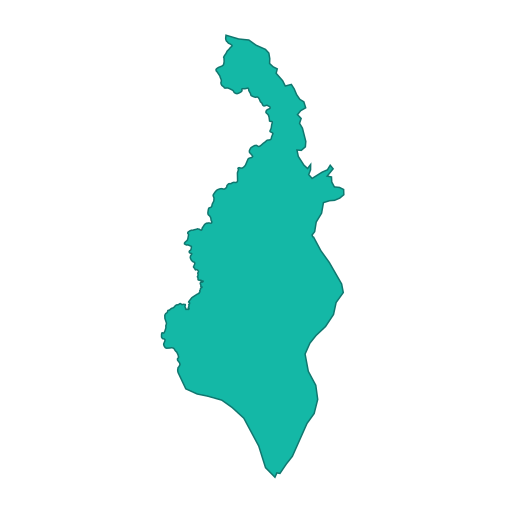 outline of Taehongdan, Ryanggang, North Korea, rotated 294°
{"feature_id": "82179303B43556128459055", "entity_name": "Taehongdan", "entity_type": "district", "adm_level": 2, "iso_a3": "PRK", "parent_name": "North Korea", "parent_adm1": "Ryanggang", "projection": "natural_earth1", "projection_center": [128.799, 41.972], "detail": "fine", "context": "isolated", "style": "filled", "palette": "teal", "viewbox_px": 512, "rotation_deg": 294, "n_neighbors": 0, "source": "geoboundaries", "source_scale": "gbopen_adm2", "svg_char_len": 6164}
<svg xmlns="http://www.w3.org/2000/svg" viewBox="0 0 512 512"><g transform="rotate(294 256 256)"><path d="M445.5,138.8L442.6,139.7L441.3,140.5L440.3,141.6L440.1,142.1L440.1,142.6L439.6,143.3L439.2,144.3L439.2,146.3L438.8,148.1L438.5,148.5L437.6,148.6L436.1,147.8L433.7,147.2L431.5,146.3L428.7,146.2L426.4,145.7L424.6,145.6L424.4,145.6L423.7,146.3L420.7,147.8L418.4,148.4L417.1,148.4L416.8,148.3L415.5,147.5L413.2,145.2L411.9,144.3L410.9,143.8L410.3,143.6L409.7,143.8L408.9,144.4L408.5,145.4L405.8,149.7L404.4,150.9L402.8,152.6L401.6,153.2L399.9,153.5L398.9,154.2L397.9,155.5L397.3,157.9L396.7,158.8L396.9,159.7L397.9,161.5L398.1,162.8L398.1,164.3L397.9,167.2L397.7,168.0L396.5,169.6L396.4,170.1L396.3,171.3L396.4,172.2L396.8,173.0L398.0,174.2L399.3,175.2L400.5,175.9L401.5,175.9L402.5,175.2L403.1,175.3L403.4,175.7L404.4,178.0L406.0,180.1L406.1,180.6L405.6,181.3L404.7,181.8L404.0,182.4L402.3,184.7L400.7,186.1L400.6,186.4L400.5,187.2L400.5,188.6L400.7,190.7L400.8,191.1L401.7,192.2L401.8,193.1L401.6,193.8L400.7,195.2L398.7,197.3L398.1,199.1L396.6,200.8L396.3,201.6L396.3,202.2L396.6,202.8L397.9,204.2L398.2,204.8L398.0,207.7L397.7,208.2L397.2,208.6L396.6,208.7L396.2,208.5L394.4,206.9L393.4,206.4L392.3,206.3L391.2,206.7L391.0,206.9L390.1,209.5L389.3,210.4L388.1,211.5L384.8,213.5L384.8,214.3L385.2,215.3L385.2,216.2L385.0,216.4L383.9,216.8L382.8,216.8L378.9,217.9L375.8,217.9L375.4,218.3L375.3,218.9L375.2,221.0L374.7,221.7L371.1,221.8L369.5,222.2L368.4,222.0L367.7,221.4L366.4,219.2L365.8,218.8L363.4,217.7L362.1,216.9L359.2,215.6L357.7,214.7L357.0,213.7L357.0,213.1L357.3,211.5L356.5,210.0L355.6,209.2L353.3,207.6L352.3,207.2L349.7,207.1L348.4,207.6L347.9,208.1L346.7,210.9L346.0,212.0L345.8,212.3L345.4,212.5L344.2,212.0L342.8,210.2L342.1,209.6L341.3,209.3L334.9,209.4L333.8,209.2L332.2,208.6L330.9,207.8L330.5,207.2L330.1,206.2L329.9,204.7L329.5,204.2L329.0,203.9L328.4,204.0L328.2,204.6L327.7,204.9L324.4,205.2L317.4,208.5L316.7,208.7L316.1,208.6L315.2,208.1L315.0,207.8L314.2,205.6L313.2,204.5L312.0,203.8L311.1,201.9L310.6,201.5L308.6,200.8L307.5,201.1L306.4,201.1L304.5,200.1L304.1,199.6L303.9,198.9L303.6,197.2L302.8,195.9L302.2,195.2L301.0,194.0L300.0,193.3L298.8,192.9L297.8,192.6L294.9,192.1L294.1,192.1L293.3,192.6L292.0,194.0L289.1,195.1L285.7,194.9L283.3,195.4L282.9,195.3L282.2,195.0L280.8,193.6L280.4,193.4L279.4,193.5L277.4,194.0L275.8,194.5L274.8,195.1L274.3,195.6L273.7,197.5L272.7,198.9L271.8,199.6L270.3,200.5L269.6,201.5L268.5,202.0L268.1,201.9L267.5,201.5L267.4,201.2L267.3,200.3L267.0,199.6L266.9,199.2L266.6,198.6L266.2,198.4L266.0,198.2L265.9,197.5L265.7,197.3L263.9,196.2L263.1,196.1L261.8,195.9L259.8,195.5L258.2,195.8L257.5,195.7L257.2,195.2L257.2,194.3L257.4,193.3L257.1,192.2L257.1,191.6L256.2,190.7L254.8,188.8L253.9,187.9L253.3,186.5L252.9,186.1L251.9,185.2L251.5,185.1L251.1,184.7L250.2,184.2L249.5,184.2L249.0,184.4L248.2,185.7L244.2,186.7L242.3,186.8L240.0,185.7L238.8,185.4L238.0,185.7L237.8,186.6L237.8,188.0L237.9,188.4L238.4,189.0L238.5,190.0L238.5,192.6L238.5,193.0L238.3,193.2L237.1,193.6L235.5,194.0L234.5,193.8L233.7,193.2L232.7,193.2L232.2,193.6L231.9,194.0L231.9,194.7L232.1,195.8L231.9,196.3L231.8,196.5L229.3,196.2L228.0,196.5L227.3,197.0L226.1,198.3L225.3,200.0L225.1,200.8L225.2,202.0L224.8,202.9L224.4,203.1L223.1,203.3L220.6,203.3L220.1,203.9L219.8,205.0L219.1,205.6L218.8,206.1L218.7,206.4L219.4,207.3L219.5,207.6L219.4,208.4L218.8,209.4L218.6,209.7L218.0,209.9L216.7,209.7L215.7,210.5L214.4,211.0L213.2,210.9L213.0,211.1L212.8,211.6L212.4,211.9L210.8,212.7L210.6,213.2L210.9,213.8L210.9,214.9L210.9,215.0L211.3,215.1L211.5,215.5L211.1,216.5L211.6,217.6L211.4,218.0L211.0,218.0L210.1,217.4L209.8,217.0L209.8,216.6L209.7,216.3L209.5,216.2L208.7,216.1L207.9,216.4L207.4,217.1L206.8,217.6L205.9,217.8L205.5,218.5L205.6,219.3L205.1,219.3L204.7,218.8L203.8,218.5L202.5,218.9L201.6,218.7L200.5,219.4L199.6,219.0L198.8,219.2L196.9,217.6L192.6,214.8L191.7,214.3L190.5,214.0L186.9,213.1L186.5,213.2L186.5,214.0L186.3,214.3L186.1,214.5L185.3,214.7L184.6,214.4L184.2,214.4L183.4,215.0L181.0,215.3L180.9,216.1L180.7,216.2L180.0,216.2L179.7,216.0L179.5,215.6L179.2,214.3L178.7,213.9L178.9,213.4L180.0,212.6L180.9,211.6L182.2,211.5L182.9,211.1L182.4,209.4L181.5,208.2L181.5,207.7L181.8,206.7L181.8,206.3L181.7,206.0L180.2,205.0L179.7,204.5L179.1,203.4L178.7,203.1L178.0,202.6L175.5,201.8L174.4,200.9L174.0,200.3L173.1,199.7L171.1,198.8L170.8,198.0L170.4,197.7L169.9,197.7L168.7,197.9L167.7,197.6L166.6,196.9L165.2,196.8L164.5,196.9L161.9,198.2L158.3,201.5L157.3,201.8L155.5,202.0L154.0,202.8L153.0,203.0L150.3,203.3L148.4,203.2L147.9,202.8L147.8,201.7L147.4,201.3L146.2,201.5L143.6,202.6L143.0,203.3L142.5,204.5L142.9,206.0L142.6,206.7L142.4,207.0L141.2,207.3L138.3,207.4L137.5,207.7L136.5,208.6L135.4,210.3L135.3,211.1L135.4,211.8L137.0,214.9L137.7,215.8L137.9,216.2L138.2,217.7L138.1,218.5L137.8,219.2L136.9,220.4L136.2,221.8L136.1,222.5L135.1,223.7L133.9,225.1L133.0,225.7L132.3,226.4L131.4,226.5L130.5,226.1L130.2,226.1L129.2,226.5L128.8,226.9L127.4,229.5L126.2,230.6L124.7,230.8L124.2,230.6L123.3,230.6L122.4,230.2L120.0,230.8L118.5,231.7L117.7,232.4L106.1,245.9L106.0,258.3L108.2,268.3L110.4,283.3L107.9,295.8L102.9,310.8L83.5,335.8L66.5,350.8L61.6,363.3L66.4,363.3L67.1,366.3L78.3,368.3L87.8,370.7L123.8,370.7L135.7,373.2L150.1,370.7L162.2,363.2L171.9,350.7L186.4,340.7L198.3,340.7L207.9,343.2L219.8,348.2L234.1,350.6L246.1,348.1L258.1,350.6L265.3,345.6L279.9,325.6L287.2,313.1L296.7,300.9L296.6,300.0L298.0,298.7L302.1,299.7L311.5,297.2L321.8,298.5L332.2,295.9L336.5,300.8L338.8,305.1L343.0,309.0L347.7,311.3L352.4,309.0L352.6,304.4L351.0,299.5L354.4,295.1L358.9,292.8L357.9,288.5L367.0,291.0L369.1,286.9L363.8,286.2L359.5,282.3L349.7,275.7L351.8,271.0L356.9,270.8L361.8,268.7L356.9,267.5L358.5,262.8L364.2,254.1L369.5,250.3L370.9,254.4L375.8,256.7L380.9,254.9L391.7,246.4L394.9,241.8L400.0,241.3L402.0,236.4L406.9,237.7L411.6,241.1L416.3,237.0L416.9,232.4L419.9,227.5L424.2,222.9L427.1,218.5L423.2,213.6L427.0,209.0L431.1,200.1L435.6,199.3L435.8,194.7L437.4,190.1L441.9,188.3L446.6,185.2L448.6,180.6L448.6,170.3L450.4,161.6L447.2,151.9L445.5,138.8Z" fill="#14b8a6" stroke="#0f766e" stroke-width="1.5"/></g></svg>